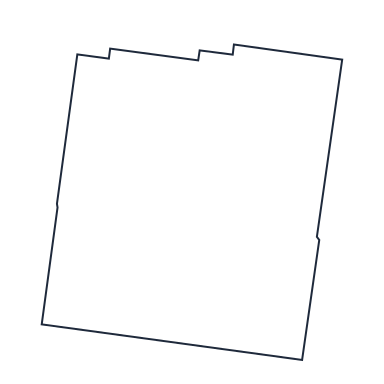 the district of Boone, Nebraska, United States of America, rotated 188°
{"feature_id": "52423323B18461908563123", "entity_name": "Boone", "entity_type": "district", "adm_level": 2, "iso_a3": "USA", "parent_name": "United States of America", "parent_adm1": "Nebraska", "projection": "robinson", "projection_center": [-98.057, 41.699], "detail": "fine", "context": "isolated", "style": "outline", "palette": "slate", "viewbox_px": 384, "rotation_deg": 188, "n_neighbors": 0, "source": "geoboundaries", "source_scale": "gbopen_adm2", "svg_char_len": 338}
<svg xmlns="http://www.w3.org/2000/svg" viewBox="0 0 384 384"><g transform="rotate(188 192 192)"><path d="M59.6,41.0L59.3,162.2L62.1,165.0L61.7,344.0L171.0,343.9L170.8,333.7L204.1,333.3L204.2,323.2L293.0,322.6L292.9,312.5L324.7,312.3L324.1,161.5L323.0,158.0L322.4,40.0L59.6,41.0Z" fill="none" stroke="#1e293b" stroke-width="2"/></g></svg>